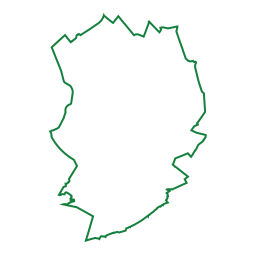 Almelo, Overijssel, Netherlands (orthographic projection)
{"feature_id": "6326949B33573744184458", "entity_name": "Almelo", "entity_type": "district", "adm_level": 2, "iso_a3": "NLD", "parent_name": "Netherlands", "parent_adm1": "Overijssel", "projection": "orthographic", "projection_center": [6.653, 52.345], "detail": "fine", "context": "isolated", "style": "outline", "palette": "green", "viewbox_px": 256, "rotation_deg": 0, "n_neighbors": 0, "source": "geoboundaries", "source_scale": "gbopen_adm2", "svg_char_len": 5179}
<svg xmlns="http://www.w3.org/2000/svg" viewBox="0 0 256 256"><path d="M85.9,240.6L90.2,239.3L95.0,238.0L97.9,238.4L98.2,238.4L99.3,239.1L100.7,236.5L101.9,236.2L102.5,236.5L104.4,236.4L105.5,237.0L106.4,235.4L112.9,232.9L112.9,233.1L117.1,232.0L117.4,231.9L119.1,232.5L125.6,230.6L126.3,228.4L127.9,227.8L128.2,227.7L128.6,227.5L128.8,227.3L129.7,226.9L130.0,227.1L130.1,226.8L132.9,225.4L134.6,224.6L136.1,223.7L138.1,222.6L138.7,222.3L139.0,222.0L142.1,220.1L143.2,219.3L147.7,215.9L148.0,216.3L148.1,215.6L149.1,214.8L149.3,214.9L150.1,214.2L151.5,213.0L152.6,212.3L154.0,211.2L154.4,210.7L155.8,209.5L157.0,208.5L157.0,208.2L158.5,207.1L160.0,206.3L160.5,206.6L161.0,205.9L162.7,204.8L163.0,205.1L163.3,204.5L163.7,204.3L164.1,203.9L165.0,203.6L165.8,203.2L166.6,202.9L167.8,202.6L165.9,200.2L166.5,199.6L167.0,199.0L167.4,198.2L167.4,196.2L168.0,196.2L167.8,194.9L167.5,194.0L166.6,193.1L169.5,191.1L166.8,189.5L166.9,189.4L167.8,189.3L168.9,189.2L169.8,189.2L170.9,189.4L171.3,189.3L171.8,189.2L172.2,189.3L172.5,189.4L172.6,189.2L186.6,182.9L184.7,179.2L188.0,176.6L187.9,176.5L187.0,175.9L185.1,174.3L185.0,174.2L184.9,174.2L180.1,170.4L175.9,167.1L175.4,166.7L175.2,166.8L175.1,166.7L173.5,165.3L173.0,164.8L172.8,164.6L173.1,164.3L173.1,164.2L173.2,163.9L175.3,158.4L182.8,155.4L187.8,153.3L191.1,156.8L191.5,156.3L194.2,151.9L194.7,151.0L194.9,150.7L195.2,150.6L195.3,150.3L196.0,149.5L196.1,149.3L196.8,148.0L196.9,147.8L197.3,146.9L198.0,145.4L198.1,145.2L198.6,144.6L198.8,144.4L202.7,141.5L203.4,140.5L203.2,140.5L205.6,137.1L205.8,135.1L205.4,134.9L196.4,132.7L191.4,130.3L192.7,128.4L194.3,126.2L194.5,126.1L194.9,125.9L195.6,125.6L197.1,124.9L197.5,124.7L197.9,124.6L197.9,124.4L197.7,124.3L197.5,124.0L197.0,123.3L197.3,122.7L198.1,122.0L205.1,111.9L203.9,93.4L201.9,91.6L198.9,82.6L197.2,75.8L195.8,70.1L195.1,67.1L195.1,66.6L195.2,65.5L195.2,64.7L196.1,62.5L196.0,62.2L195.6,62.0L194.9,62.0L194.8,61.7L193.9,61.9L193.7,61.9L193.0,60.9L192.8,60.9L192.7,61.0L192.1,61.0L191.7,61.2L191.5,61.3L190.4,61.3L189.3,61.2L188.2,60.6L187.9,60.6L186.1,58.9L185.8,58.7L184.3,54.3L183.9,53.3L182.1,47.9L180.0,42.1L176.9,33.0L176.4,31.5L177.4,26.5L176.8,26.5L175.4,26.9L167.9,28.4L163.5,27.4L163.2,27.4L162.9,27.4L161.5,27.5L160.5,27.8L160.4,27.8L160.6,28.5L160.9,29.5L160.9,29.9L160.8,30.1L160.7,30.3L160.6,30.5L160.0,31.5L159.8,31.8L159.4,32.3L159.1,32.0L151.0,23.6L150.0,22.6L149.0,21.5L148.7,21.7L148.8,22.2L148.9,22.5L148.8,22.9L148.7,23.3L143.7,36.6L143.4,36.5L139.0,34.7L138.5,34.5L137.7,34.3L136.9,34.3L136.4,34.3L135.9,34.4L135.4,34.5L135.1,34.7L134.0,35.2L133.5,34.6L132.7,33.6L124.9,24.2L124.7,23.8L124.6,23.6L124.2,23.4L118.3,16.2L118.0,16.6L113.1,22.9L112.6,22.6L109.1,19.9L104.9,16.4L104.4,16.0L103.9,15.6L103.8,15.4L103.6,16.0L103.2,16.9L103.0,17.6L102.4,18.7L101.9,19.5L101.2,20.5L100.7,21.1L100.1,21.7L99.6,22.2L99.0,22.8L98.3,23.3L97.3,24.0L92.9,27.0L89.7,29.2L80.5,35.1L79.3,34.2L79.1,34.2L78.9,34.2L78.6,34.5L78.3,34.2L77.7,34.5L77.0,35.1L76.8,35.3L76.6,35.5L76.5,35.8L76.4,36.1L76.4,36.5L76.3,37.1L76.2,37.4L76.0,37.9L75.7,38.3L75.4,38.6L74.8,39.1L72.2,41.0L72.3,41.1L70.7,42.2L70.0,41.3L65.7,35.9L65.0,35.1L58.5,41.0L51.7,47.3L61.2,71.0L61.4,71.9L63.6,80.5L63.9,81.3L64.2,81.8L64.4,82.1L64.7,82.4L65.1,82.8L66.7,83.7L70.0,85.6L70.9,86.6L71.3,87.4L71.5,87.8L71.8,88.3L72.2,89.2L72.4,89.8L72.6,90.9L72.7,91.3L72.7,91.8L72.7,92.3L72.7,92.9L72.6,93.5L72.3,95.8L71.1,103.5L70.4,104.2L69.2,104.7L68.6,104.9L68.1,105.3L67.3,105.9L67.0,106.3L66.6,106.7L66.1,107.5L65.8,108.2L65.6,108.6L65.6,108.8L65.4,109.8L65.4,110.3L65.4,110.7L65.4,111.1L65.5,111.7L65.6,112.1L65.5,112.3L65.3,113.1L64.2,116.3L63.9,117.3L63.5,118.6L63.1,119.2L58.9,127.3L58.5,127.6L58.0,128.0L57.4,128.4L56.8,128.7L54.5,129.7L51.5,130.8L50.2,131.4L50.9,132.8L51.1,133.5L51.4,134.5L51.5,134.8L51.5,135.0L51.5,136.1L51.6,136.6L51.9,137.5L52.4,138.4L52.6,138.8L53.3,139.9L55.3,143.0L57.4,145.7L59.0,147.6L59.9,148.7L61.5,150.3L63.2,151.9L64.8,153.4L66.8,155.0L68.3,156.1L69.8,157.2L71.7,158.4L72.9,159.2L73.9,159.8L77.0,166.0L71.9,174.3L69.0,179.0L68.9,179.2L69.0,179.5L69.3,179.9L69.5,180.5L69.2,181.6L69.0,181.8L68.9,181.9L68.6,181.9L68.4,182.1L68.2,182.1L68.0,182.4L67.9,182.8L67.8,183.1L67.6,183.3L67.4,183.3L66.9,183.4L66.6,183.5L66.2,183.9L65.9,184.0L65.6,183.9L65.8,185.5L65.9,186.1L63.4,187.1L62.4,189.0L59.0,194.7L59.3,194.7L59.7,195.0L59.8,195.1L60.0,195.1L61.0,194.9L61.7,194.2L63.0,194.2L63.7,194.3L64.6,194.3L64.7,193.9L64.8,193.5L64.9,193.3L65.4,192.6L65.7,192.4L65.8,192.4L66.3,192.4L67.0,192.6L67.2,192.8L67.4,192.8L67.5,192.9L69.9,194.5L70.7,195.1L71.1,195.5L71.3,195.7L71.2,195.8L71.1,196.0L71.3,196.4L71.6,196.4L71.6,197.0L71.2,197.8L70.4,198.7L70.7,199.3L70.6,199.9L70.6,200.0L71.9,199.4L72.2,199.8L72.5,199.6L72.9,199.5L73.2,199.5L73.7,199.6L74.0,199.7L74.0,199.8L74.1,200.2L74.0,200.5L74.2,201.2L74.1,201.3L73.9,201.4L72.5,201.7L72.4,201.6L72.2,201.3L72.2,201.0L71.8,201.1L71.6,201.0L71.0,202.2L70.8,202.4L70.7,202.5L69.7,202.8L68.6,203.2L68.5,203.3L68.3,203.6L68.0,203.8L67.4,204.3L67.0,204.4L66.1,204.2L65.6,204.2L64.8,204.1L64.6,204.1L63.8,204.1L63.0,204.4L76.7,207.2L93.1,216.3L90.2,226.0L89.3,229.3L85.9,240.6Z" fill="none" stroke="#15803d" stroke-width="2"/></svg>